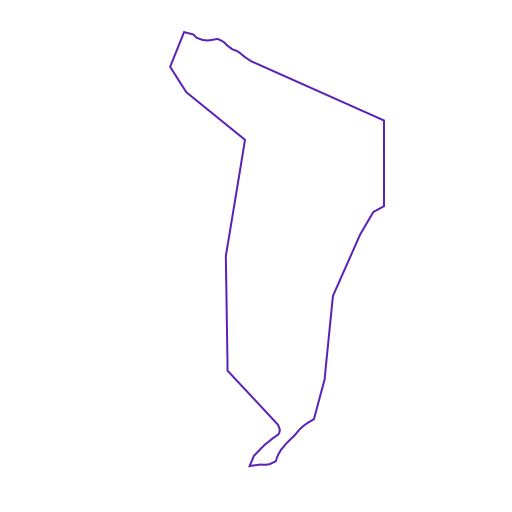 En Bamboo, Vieux Fort, Saint Lucia (Mercator projection), rotated 190°
{"feature_id": "8701671B91980057323344", "entity_name": "En Bamboo", "entity_type": "district", "adm_level": 2, "iso_a3": "LCA", "parent_name": "Saint Lucia", "parent_adm1": "Vieux Fort", "projection": "mercator", "projection_center": [-60.948, 13.783], "detail": "fine", "context": "isolated", "style": "outline", "palette": "violet", "viewbox_px": 512, "rotation_deg": 190, "n_neighbors": 0, "source": "geoboundaries", "source_scale": "gbopen_adm2", "svg_char_len": 1085}
<svg xmlns="http://www.w3.org/2000/svg" viewBox="0 0 512 512"><g transform="rotate(190 256 256)"><path d="M138.6,327.3L144.6,361.4L153.5,411.7L154.0,411.8L294.7,447.0L301.6,450.0L306.8,453.0L310.4,454.6L315.3,455.5L321.2,458.5L324.3,460.8L327.5,462.1L331.6,463.1L336.7,461.2L341.3,459.8L346.1,459.5L350.3,460.2L352.7,460.8L356.2,463.3L365.7,464.0L373.4,427.4L353.1,405.2L287.0,368.5L286.4,319.0L285.7,250.7L265.7,146.8L264.9,142.1L264.1,138.1L226.2,109.6L204.8,93.4L202.3,88.9L202.3,87.7L202.4,85.8L203.1,84.1L207.9,79.3L209.7,77.2L214.7,71.5L216.2,69.3L217.7,67.2L221.0,62.3L223.3,58.9L225.8,48.0L223.7,48.8L218.4,50.4L215.8,51.3L211.4,51.9L209.0,52.4L205.8,53.7L204.7,54.6L202.2,56.3L200.8,57.5L200.4,60.8L199.7,64.0L198.4,67.6L198.0,68.8L197.7,69.6L196.7,71.2L195.6,73.1L194.9,74.3L193.5,76.8L189.0,83.2L188.0,84.3L187.5,84.9L187.2,85.5L186.4,86.9L185.2,88.9L183.7,91.7L180.4,96.2L180.1,96.5L178.5,98.3L176.4,100.3L176.1,100.7L173.4,103.0L170.6,105.4L167.0,146.5L168.4,164.2L173.3,230.0L157.1,295.5L148.1,319.7L138.6,327.3Z" fill="none" stroke="#5b21b6" stroke-width="2"/></g></svg>